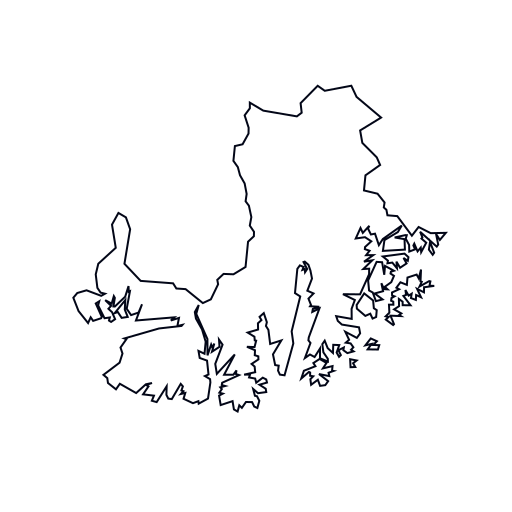 Finnmark, orthographic projection, rotated 159°
{"feature_id": "NOR-1062", "entity_name": "Finnmark", "entity_type": "County", "adm_level": 1, "iso_a3": "NOR", "parent_name": "Norway", "parent_adm1": "", "projection": "orthographic", "projection_center": [25.614, 69.86], "detail": "fine", "context": "isolated", "style": "outline", "palette": "ink", "viewbox_px": 512, "rotation_deg": 159, "n_neighbors": 0, "source": "natural_earth", "source_scale": "10m", "svg_char_len": 6157}
<svg xmlns="http://www.w3.org/2000/svg" viewBox="0 0 512 512"><g transform="rotate(159 256 256)"><path d="M369.0,345.5L363.6,338.7L363.9,326.1L381.6,295.9L372.6,274.1L343.2,260.2L342.0,254.2L333.6,250.3L322.5,231.1L313.7,231.7L301.5,243.2L300.7,247.6L292.7,250.9L283.6,247.0L269.7,249.5L258.3,272.2L250.9,275.2L249.2,279.3L250.9,286.6L246.4,294.0L244.6,305.5L246.1,310.8L242.5,317.3L240.6,327.8L242.0,337.1L241.1,345.5L243.0,352.9L236.3,366.2L228.5,365.1L219.1,373.0L216.9,378.4L216.2,391.4L208.8,396.1L206.8,401.4L197.1,389.1L167.8,371.7L162.0,373.4L159.6,382.7L137.4,392.8L132.6,385.6L106.0,380.8L105.1,368.5L89.6,340.4L113.8,335.9L116.2,323.5L107.9,304.8L107.5,296.5L124.9,292.1L131.7,278.5L120.2,270.6L116.8,259.9L119.3,255.5L117.7,252.4L118.7,246.9L109.8,242.6L103.2,219.1L93.8,224.8L84.7,214.7L70.5,209.6L78.6,205.1L80.0,212.1L81.8,201.4L83.9,200.0L94.1,219.8L94.0,213.7L95.3,213.0L92.3,207.4L100.4,200.4L99.2,204.8L103.5,202.4L103.8,210.8L105.3,209.4L105.1,205.2L111.3,205.2L109.1,211.5L110.0,218.5L107.8,221.4L109.2,222.0L119.9,223.6L111.3,218.5L114.7,208.6L135.7,215.3L130.4,224.8L115.0,227.5L109.0,232.2L131.5,226.4L137.4,222.1L136.9,234.2L141.0,234.9L141.6,241.4L139.4,243.6L148.0,239.3L148.4,244.7L156.6,236.6L147.5,234.5L143.1,228.4L151.0,225.3L151.9,223.4L148.1,220.2L152.9,217.3L146.2,214.8L157.2,212.0L149.0,210.3L160.5,205.4L154.9,203.6L157.0,198.4L172.6,182.9L188.5,189.2L179.5,179.5L185.7,172.4L189.2,163.0L202.7,171.1L202.9,166.1L200.4,161.2L185.4,152.5L186.5,146.5L191.2,143.4L199.8,153.3L199.1,144.4L203.2,142.9L199.0,140.5L197.8,135.9L200.8,134.4L199.1,132.0L205.5,132.6L208.2,136.8L206.8,139.1L212.8,138.5L212.3,133.1L214.6,132.1L215.3,137.0L210.2,143.0L215.7,145.4L218.9,137.9L222.1,144.3L222.2,152.3L225.7,149.9L227.6,141.9L225.8,134.3L226.7,131.7L232.9,137.6L229.4,146.7L237.5,140.7L240.9,144.7L246.9,143.2L236.3,155.3L237.3,158.5L235.9,161.1L215.6,184.3L223.5,183.6L221.9,186.2L215.1,185.9L223.5,189.7L222.2,190.6L222.3,197.4L215.7,200.4L220.5,205.2L211.8,214.9L210.4,222.9L210.2,229.0L212.5,233.3L213.8,233.3L212.9,225.5L216.0,223.3L215.2,226.4L217.6,226.4L215.5,228.7L218.4,231.5L222.0,229.2L232.9,207.4L229.2,202.4L249.7,172.9L252.5,161.0L272.1,134.4L276.2,136.7L276.5,141.1L274.1,145.5L277.2,147.3L275.4,158.1L262.6,168.1L274.3,168.8L270.9,182.6L271.8,187.1L269.6,190.3L269.2,199.9L274.5,197.9L273.9,194.2L278.3,192.5L280.4,186.6L291.2,187.5L286.4,181.2L287.4,177.7L286.2,176.9L290.0,171.5L297.0,174.5L290.7,168.4L292.7,163.8L289.8,161.5L290.8,158.6L298.8,156.8L296.9,153.3L298.4,147.8L309.6,149.5L304.1,147.4L306.0,145.1L300.7,141.9L301.2,137.6L293.3,140.0L290.7,137.1L291.1,133.9L298.9,134.6L294.5,128.6L295.2,125.3L303.3,127.2L306.3,132.9L307.1,125.9L305.3,124.7L304.8,119.6L309.2,113.6L311.6,116.1L312.0,121.0L317.7,123.3L323.6,119.3L325.1,122.6L328.9,117.4L331.6,120.7L329.9,128.9L342.4,129.5L340.5,138.9L336.3,139.4L339.2,141.5L335.6,144.0L336.4,146.2L331.4,145.7L334.2,147.8L333.0,149.8L314.5,150.9L317.1,153.1L315.2,156.2L319.7,153.3L328.3,156.6L311.1,171.7L334.8,160.0L332.7,169.9L319.0,185.2L320.5,191.2L322.6,184.3L331.4,182.4L326.3,189.2L329.6,186.2L329.6,189.4L336.9,180.6L331.1,195.9L332.5,223.4L327.0,230.8L333.2,225.6L334.5,219.1L332.7,206.8L333.7,194.0L339.1,183.2L343.7,188.0L345.1,181.0L339.2,175.9L342.8,162.4L346.7,162.2L343.0,157.5L343.9,154.3L351.9,140.1L362.4,138.7L361.8,141.1L367.6,141.2L374.8,148.7L371.1,153.5L375.6,154.1L372.2,155.8L373.8,157.2L371.0,160.5L372.1,163.6L385.9,152.6L389.0,154.3L389.4,158.5L386.1,166.4L401.1,155.2L405.1,158.2L401.3,162.2L411.0,167.3L403.1,172.8L404.8,175.0L398.6,174.7L404.8,175.7L417.0,171.0L428.9,185.5L434.5,181.7L439.7,190.5L438.6,195.3L441.0,199.7L421.6,205.3L415.6,212.8L415.3,219.1L406.8,224.8L408.4,226.2L372.5,223.1L350.6,217.4L349.3,218.1L354.5,218.8L350.1,225.8L358.6,226.3L354.2,228.0L391.2,238.8L379.7,251.8L385.9,245.3L393.8,245.6L395.6,253.1L386.3,268.3L387.6,268.2L385.8,273.6L392.7,264.9L405.9,259.4L407.2,260.0L402.8,267.5L403.1,269.5L407.8,263.3L412.6,268.8L409.1,261.4L412.7,259.6L410.5,255.1L410.2,247.5L414.9,246.4L416.4,248.4L414.5,251.0L419.7,252.2L421.1,266.5L418.6,269.9L422.6,269.1L421.8,254.4L422.9,253.4L431.3,253.8L432.3,258.0L436.8,253.6L441.4,268.2L441.5,282.5L436.1,285.5L426.5,284.7L414.8,274.3L410.5,274.9L414.2,277.5L415.5,283.1L412.2,296.3L406.0,305.3L384.0,313.9L379.2,336.9L369.0,345.5ZM122.3,181.6L112.7,181.1L112.1,176.8L106.8,184.2L111.5,173.4L110.5,172.5L114.3,168.9L103.3,170.5L102.3,169.8L104.7,166.1L100.3,164.2L110.3,166.6L112.2,161.9L117.4,167.6L116.7,158.3L120.5,162.2L122.5,157.7L126.4,161.2L124.2,165.0L127.7,164.3L128.7,170.7L129.8,165.9L132.7,165.9L129.4,154.6L136.7,157.5L135.5,160.8L138.0,164.7L140.4,157.9L146.2,156.7L140.9,150.3L143.5,149.6L142.3,148.0L151.8,152.1L151.6,142.9L152.7,142.4L157.6,150.1L154.0,151.6L156.5,153.2L151.8,155.3L149.3,162.9L145.2,161.3L144.2,164.2L145.9,165.8L144.6,168.2L141.2,168.7L143.1,170.3L142.1,173.2L134.3,173.7L136.3,176.1L130.6,179.7L125.5,175.0L122.3,181.6ZM162.8,183.3L160.1,193.0L145.5,207.3L140.5,205.0L143.0,192.5L139.1,200.5L132.5,192.8L135.7,193.0L136.7,191.4L134.3,188.0L139.1,183.1L146.8,181.1L145.1,177.7L148.3,179.1L148.7,185.7L150.0,177.6L158.6,178.5L153.4,170.1L160.2,170.9L160.1,180.1L162.8,183.3ZM248.1,128.8L257.6,125.4L252.4,131.7L240.0,131.8L240.8,135.5L233.5,137.1L228.5,130.9L233.8,127.1L224.0,125.8L226.1,121.7L224.8,120.9L230.1,121.0L230.6,117.6L239.5,123.2L233.5,113.3L237.6,110.6L242.7,111.8L242.6,118.3L250.7,116.0L249.4,121.5L245.7,123.2L248.4,124.8L247.2,127.8L248.1,128.8ZM175.4,160.9L180.7,170.7L179.6,174.2L168.4,182.3L162.6,172.5L164.7,165.0L162.7,162.2L165.7,156.0L169.6,155.8L170.0,161.2L175.4,160.9ZM134.5,204.4L137.8,210.1L116.5,205.0L114.1,200.3L116.0,197.1L119.0,201.3L118.1,195.1L125.7,193.4L126.9,200.4L128.8,194.0L131.1,201.0L135.9,202.1L134.5,204.4ZM405.1,253.2L408.4,253.3L393.8,261.7L397.7,253.0L397.6,245.1L403.6,246.4L405.1,253.2ZM179.6,132.5L185.9,133.4L178.4,137.9L173.7,133.1L178.4,130.9L172.9,128.6L175.7,125.0L185.2,128.8L179.6,132.5ZM90.6,193.8L92.3,200.0L88.5,206.7L88.5,195.2L90.6,193.8ZM207.6,118.3L205.1,125.9L199.5,122.4L203.8,121.1L203.1,116.8L207.6,118.3Z" fill="none" stroke="#020617" stroke-width="2"/></g></svg>